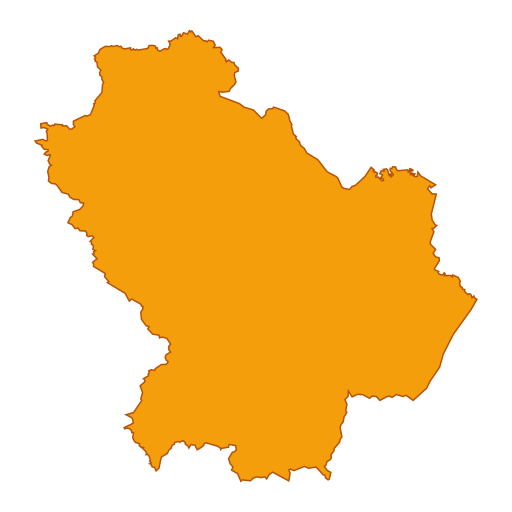 Basilicata, Matera, Italy (Natural Earth projection)
{"feature_id": "23120603B59117294159851", "entity_name": "Basilicata", "entity_type": "district", "adm_level": 2, "iso_a3": "ITA", "parent_name": "Italy", "parent_adm1": "Matera", "projection": "natural_earth1", "projection_center": [16.009, 40.517], "detail": "fine", "context": "isolated", "style": "filled", "palette": "amber", "viewbox_px": 512, "rotation_deg": 0, "n_neighbors": 0, "source": "geoboundaries", "source_scale": "gbopen_adm2", "svg_char_len": 5931}
<svg xmlns="http://www.w3.org/2000/svg" viewBox="0 0 512 512"><path d="M124.1,427.6L124.8,428.9L126.8,428.1L129.7,428.8L131.6,430.8L131.8,432.6L133.5,432.6L132.7,437.9L134.2,440.7L135.3,442.4L139.6,443.7L139.2,445.4L140.8,447.0L143.1,447.5L142.2,448.0L145.7,451.3L146.6,453.7L146.0,454.6L147.7,454.5L149.1,456.2L150.4,460.2L149.6,461.1L151.2,462.8L149.7,463.7L150.8,464.0L152.2,466.9L154.5,467.3L156.1,470.9L158.9,468.3L161.3,457.1L167.3,453.5L169.0,449.8L170.9,448.6L172.1,445.3L174.3,444.3L174.6,442.5L178.2,441.5L179.6,442.2L182.9,440.7L185.1,442.2L185.3,444.2L187.7,445.6L188.9,448.0L191.0,444.5L195.0,445.2L197.1,449.8L200.8,447.7L203.6,445.4L204.3,443.3L205.9,442.8L217.6,446.2L220.2,447.9L220.7,449.5L221.7,448.3L228.5,447.2L229.2,444.4L235.6,445.6L236.4,449.6L234.6,451.7L232.4,452.2L228.6,458.6L230.1,463.7L233.0,467.0L231.5,470.1L237.6,473.6L240.9,481.3L242.5,479.9L250.5,480.8L253.0,478.3L256.6,476.9L261.3,477.6L264.8,476.8L266.6,478.9L269.3,474.5L272.6,472.1L288.8,480.9L290.1,473.0L288.7,469.8L290.4,469.2L294.0,470.6L304.4,466.4L308.4,468.2L316.2,467.1L323.2,474.8L325.1,475.3L325.4,477.7L328.1,479.9L329.4,479.0L330.8,472.4L327.3,470.5L324.4,466.3L325.9,465.2L327.0,461.5L330.2,459.8L331.4,457.6L330.9,454.6L333.9,451.0L334.3,448.3L339.6,442.2L340.2,439.1L341.9,437.0L340.2,427.8L340.7,425.1L343.1,422.1L344.1,416.8L346.8,412.4L345.7,410.5L346.9,404.4L344.9,399.4L348.0,396.6L348.4,391.0L352.1,396.9L357.3,394.4L362.7,394.6L369.6,398.3L372.1,396.1L376.4,396.5L379.9,400.4L386.8,396.7L389.0,396.1L392.2,397.3L396.3,394.5L403.0,396.5L406.1,395.3L413.2,400.4L426.6,388.2L430.3,380.8L439.7,367.0L443.2,354.2L453.3,334.3L471.4,309.0L476.9,299.3L474.6,298.0L473.9,296.0L472.0,297.8L470.8,294.3L469.1,293.7L467.9,294.6L464.4,291.3L464.8,289.5L462.6,289.3L462.2,287.5L460.3,286.4L459.6,282.9L460.3,281.4L458.4,277.5L452.7,275.0L452.1,277.0L450.8,275.5L444.5,275.6L445.1,273.7L444.2,272.8L443.0,274.7L441.3,274.9L438.9,273.8L438.0,272.2L438.6,271.5L434.6,269.7L434.5,268.6L439.3,260.8L439.1,257.8L435.6,256.9L433.2,253.4L435.6,249.4L430.5,244.3L430.1,242.2L433.9,231.7L432.0,228.5L433.8,228.3L436.7,225.4L435.5,225.1L432.2,220.3L431.3,214.1L436.3,194.0L432.1,193.9L427.5,188.8L429.7,185.7L431.0,187.8L435.6,184.8L420.7,175.9L417.9,172.1L417.3,176.5L414.8,176.7L413.8,176.0L414.9,173.9L413.3,173.8L412.6,175.2L412.0,174.8L412.7,173.4L411.9,172.9L410.4,174.3L409.9,172.4L410.9,171.4L409.1,170.4L408.2,171.8L407.6,169.9L398.0,170.7L396.5,169.7L395.6,167.0L392.7,166.8L391.9,168.5L390.3,168.3L390.0,170.3L393.3,174.6L391.7,176.4L391.1,173.9L390.2,174.2L390.5,176.3L389.1,175.4L387.6,169.9L386.5,168.9L383.3,169.4L384.2,170.8L381.1,171.0L379.8,173.6L382.6,175.1L380.7,177.9L383.2,178.9L383.5,180.5L381.9,180.8L378.0,176.9L376.0,177.3L375.6,175.5L377.2,174.9L377.3,173.0L375.3,171.8L374.3,172.4L373.1,170.7L374.2,170.0L371.1,167.3L365.2,176.2L355.5,185.3L352.0,186.5L349.5,189.5L343.6,188.3L341.7,186.8L338.0,178.4L336.3,176.6L327.2,171.8L317.8,159.7L306.8,153.0L304.2,148.3L300.5,145.3L299.3,141.6L296.5,139.3L295.7,137.1L296.3,136.5L293.4,134.1L291.4,126.1L291.9,124.5L290.0,121.3L288.3,114.5L284.7,110.9L273.6,107.1L272.4,108.8L268.9,108.8L266.4,110.8L265.4,115.1L261.6,118.3L253.4,110.0L243.7,107.0L239.5,103.6L220.0,96.3L218.6,91.4L222.0,92.2L229.1,91.4L230.5,88.5L234.5,84.5L235.9,81.9L234.3,75.3L234.7,72.6L238.3,71.0L238.4,68.2L234.7,64.9L233.9,62.4L231.9,62.5L228.8,59.9L226.4,61.8L226.5,60.7L225.5,60.5L225.9,59.2L220.6,51.9L222.1,50.2L221.7,49.1L219.9,47.3L213.5,47.6L215.2,45.1L213.3,41.2L208.7,40.2L207.1,41.9L205.6,40.6L203.9,41.1L198.1,35.6L195.9,36.8L191.8,30.9L190.8,31.9L189.4,30.7L187.6,34.0L183.5,32.8L181.5,36.5L180.4,36.3L180.3,34.3L178.3,34.6L177.5,38.7L175.6,37.8L170.9,41.1L168.7,41.1L170.2,44.2L168.5,48.4L166.4,49.5L165.7,48.5L164.0,48.9L160.0,51.2L157.4,49.8L157.3,47.9L155.8,48.0L155.5,46.1L152.9,45.4L149.1,45.5L147.6,48.5L137.9,50.1L136.8,49.3L135.1,50.1L133.3,48.8L131.7,50.2L130.4,49.1L130.5,47.8L124.8,48.9L122.0,48.1L120.8,46.2L119.2,46.7L116.9,45.5L113.5,46.5L111.4,45.7L110.1,46.6L105.4,46.3L100.0,49.4L98.2,53.3L94.1,55.9L95.6,57.2L94.5,58.8L95.3,59.5L95.1,61.1L97.0,62.3L97.5,67.0L100.9,70.1L99.6,72.8L99.9,75.2L101.9,76.8L101.9,79.4L103.6,82.3L102.5,84.6L101.9,92.6L94.9,100.7L95.4,102.7L93.7,103.9L94.3,105.1L90.5,114.6L87.2,116.0L85.0,115.6L73.4,121.2L73.4,124.7L74.9,126.7L71.4,129.3L69.3,128.9L66.7,125.8L62.5,125.9L62.5,124.8L54.7,124.1L54.3,125.7L52.3,125.1L50.4,126.3L47.2,124.1L46.7,122.6L40.7,123.7L41.0,128.0L44.2,127.6L47.8,129.2L46.2,131.5L47.1,133.2L47.4,140.4L46.4,141.0L42.6,139.4L35.1,141.0L36.7,143.2L41.9,145.1L41.4,146.0L44.1,149.2L48.2,149.7L47.9,151.4L46.0,151.9L44.2,154.2L47.4,155.5L49.7,154.6L50.4,155.3L48.1,160.6L49.9,164.4L51.3,165.3L49.1,166.8L47.7,171.4L49.0,177.6L48.4,181.0L51.6,183.5L55.0,183.8L56.9,185.2L62.1,192.5L68.3,194.1L70.0,197.3L73.9,199.5L78.8,199.6L80.4,202.8L83.6,202.9L83.0,206.0L79.6,209.5L73.1,211.9L72.4,215.9L70.4,217.5L67.9,222.7L72.1,224.7L75.0,228.6L78.1,228.1L79.8,230.7L85.4,231.1L87.0,233.4L86.6,235.3L88.2,236.6L92.1,235.7L93.8,237.5L90.1,241.4L91.4,242.1L91.6,244.5L92.9,244.9L93.4,247.1L92.8,249.3L95.5,250.7L93.6,251.6L93.9,253.6L92.6,254.1L97.0,258.8L92.6,262.3L93.8,264.8L93.4,266.3L105.1,273.4L104.7,276.8L108.9,281.7L107.4,282.6L125.1,293.3L129.3,301.1L131.7,299.0L140.9,304.3L141.5,306.2L143.0,306.6L142.7,309.5L140.8,312.1L141.4,319.2L146.1,325.7L149.0,326.5L147.8,328.9L152.7,334.2L158.8,335.1L159.6,337.9L162.2,337.1L166.7,338.2L170.7,344.2L168.8,346.2L168.9,350.0L170.5,352.1L166.0,354.8L165.2,357.5L166.2,360.1L168.1,361.7L167.5,363.0L166.0,364.4L161.4,364.5L155.1,368.8L154.7,370.5L151.3,369.7L148.7,370.8L149.4,372.2L148.2,373.9L148.6,375.7L143.4,378.7L144.6,379.6L144.8,381.8L140.1,385.8L142.6,392.5L140.8,398.8L141.7,400.5L133.5,412.6L126.0,414.7L131.8,417.7L132.9,419.9L133.1,423.3L124.1,427.6ZM409.9,168.6L409.3,170.2L412.8,170.8L412.8,169.8L409.9,168.6Z" fill="#f59e0b" stroke="#b45309" stroke-width="1.5"/></svg>